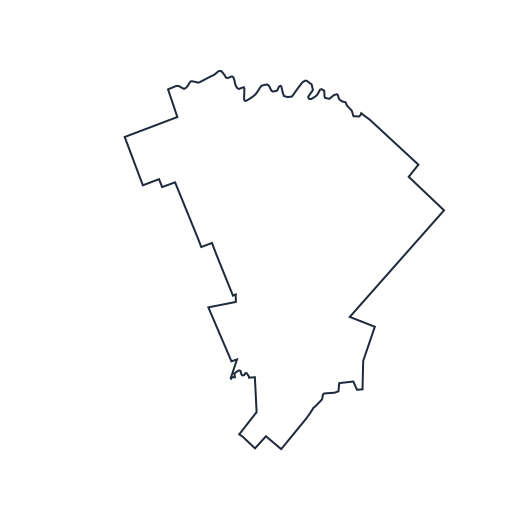 outline of Piatra, Teleorman, Romania, rotated 289°
{"feature_id": "2599482B63430265484644", "entity_name": "Piatra", "entity_type": "district", "adm_level": 2, "iso_a3": "ROU", "parent_name": "Romania", "parent_adm1": "Teleorman", "projection": "orthographic", "projection_center": [25.223, 43.835], "detail": "fine", "context": "isolated", "style": "outline", "palette": "slate", "viewbox_px": 512, "rotation_deg": 289, "n_neighbors": 0, "source": "geoboundaries", "source_scale": "gbopen_adm2", "svg_char_len": 2365}
<svg xmlns="http://www.w3.org/2000/svg" viewBox="0 0 512 512"><g transform="rotate(289 256 256)"><path d="M384.9,118.6L376.6,125.0L361.8,136.4L325.8,93.1L286.0,126.0L297.1,139.3L290.6,144.8L299.3,155.5L252.9,196.1L246.7,201.3L250.3,205.7L254.0,210.1L244.3,218.2L211.6,246.6L211.0,247.1L213.1,249.3L206.0,251.9L194.4,231.9L191.9,227.7L187.9,231.3L148.4,267.1L152.0,271.7L132.1,271.9L131.9,272.5L132.6,272.7L133.2,272.5L133.7,272.8L133.9,273.6L134.2,274.5L134.5,275.5L136.3,274.7L137.8,273.7L141.8,276.6L142.3,277.5L142.3,278.9L140.4,279.9L138.8,281.4L138.7,282.0L139.4,283.5L140.4,283.9L141.8,284.1L142.1,285.4L141.4,286.4L139.8,288.5L138.7,289.0L141.0,294.4L108.6,307.4L81.9,298.2L81.4,300.2L80.7,302.5L73.8,317.7L79.9,320.3L88.8,324.1L81.6,342.7L92.1,346.6L118.9,356.5L125.8,358.5L126.7,358.7L129.0,359.3L131.4,359.8L132.7,360.8L141.2,364.8L142.7,365.1L146.6,364.4L147.7,364.8L148.4,365.6L152.3,374.8L154.9,378.0L162.9,376.1L169.0,388.9L162.4,395.0L164.6,400.1L191.8,391.5L227.8,391.4L228.9,364.5L360.4,418.9L380.6,374.6L395.2,379.8L421.8,319.5L425.2,309.0L423.5,309.0L421.5,308.1L419.9,302.7L424.5,299.3L428.0,292.8L430.5,290.6L430.2,287.1L430.8,284.9L431.6,283.3L434.8,281.0L435.3,279.7L433.4,277.2L428.5,274.2L428.0,269.7L429.7,268.6L434.5,266.7L435.1,263.6L434.1,262.4L428.7,261.5L426.0,260.1L422.3,257.0L421.8,255.2L423.2,253.6L424.8,253.8L431.4,255.8L436.3,252.8L437.2,249.9L438.2,246.9L437.7,245.2L435.2,243.3L430.6,241.7L418.5,238.1L417.5,236.1L416.5,234.1L416.4,230.2L419.2,228.1L424.6,224.7L424.8,223.6L423.6,222.6L419.2,222.1L417.0,218.5L417.3,216.8L421.3,212.7L421.8,210.5L418.9,205.9L417.3,205.2L414.4,204.5L411.8,203.9L408.9,203.0L405.5,201.0L403.0,199.1L400.3,196.9L399.3,195.7L399.2,195.2L399.2,194.8L399.6,194.2L400.4,193.7L402.4,193.0L405.7,192.0L410.5,190.5L411.6,189.6L411.2,188.9L408.4,185.5L408.4,185.0L408.8,183.4L410.3,181.5L412.0,180.2L415.0,178.5L417.4,176.6L418.0,175.4L417.9,174.6L414.9,171.1L414.9,169.9L415.0,169.3L415.6,168.7L416.1,168.3L416.4,167.9L417.9,165.7L419.4,163.3L419.4,162.4L418.9,161.1L418.4,160.3L414.0,157.7L409.7,153.4L401.8,146.0L401.0,144.5L400.9,142.2L400.6,140.3L400.5,138.9L400.1,137.9L399.5,137.2L397.9,136.7L395.2,136.2L392.8,135.3L391.5,134.5L390.6,133.5L390.9,131.0L391.5,128.1L391.4,126.6L390.4,124.7L388.0,122.1L386.7,120.6L385.1,118.7L384.9,118.6Z" fill="none" stroke="#1e293b" stroke-width="2"/></g></svg>